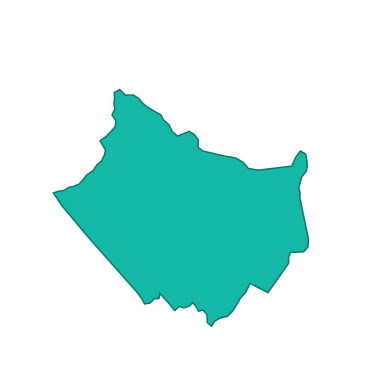 the district of Guarabira, Paraíba, Brazil, rotated 146°
{"feature_id": "56859067B2351193324902", "entity_name": "Guarabira", "entity_type": "district", "adm_level": 2, "iso_a3": "BRA", "parent_name": "Brazil", "parent_adm1": "Paraíba", "projection": "robinson", "projection_center": [-35.452, -6.887], "detail": "fine", "context": "isolated", "style": "filled", "palette": "teal", "viewbox_px": 384, "rotation_deg": 146, "n_neighbors": 0, "source": "geoboundaries", "source_scale": "gbopen_adm2", "svg_char_len": 1348}
<svg xmlns="http://www.w3.org/2000/svg" viewBox="0 0 384 384"><g transform="rotate(146 192 192)"><path d="M194.6,317.4L200.8,317.9L204.1,312.6L207.5,308.6L209.4,304.2L215.3,300.5L215.3,293.5L219.1,289.2L225.5,287.4L232.3,286.1L239.5,285.9L239.9,280.4L240.3,275.1L243.6,271.9L249.3,268.5L256.3,267.5L261.9,265.0L269.2,265.1L275.5,263.2L280.9,261.7L287.1,262.8L291.5,264.8L297.0,264.8L302.6,267.4L307.5,268.7L307.5,252.6L303.2,211.8L293.6,139.1L293.3,132.1L293.9,125.7L288.9,123.4L283.1,124.6L278.8,122.2L275.5,125.9L274.6,120.7L273.5,113.0L272.6,103.3L266.5,104.2L263.5,100.4L257.9,98.9L253.3,99.9L252.7,94.7L253.3,89.5L248.9,87.9L248.2,81.8L252.4,75.1L250.8,69.8L245.7,72.1L239.5,71.9L232.3,69.2L225.5,70.3L218.4,73.4L210.7,77.1L203.8,78.7L199.2,81.3L195.0,83.7L185.3,66.1L162.2,74.8L151.7,79.0L148.3,84.0L144.1,86.8L138.6,83.4L132.8,80.0L126.7,81.5L121.9,87.6L105.7,127.2L102.8,130.9L101.1,135.9L96.9,139.3L93.0,143.0L86.1,145.1L82.1,148.8L78.9,154.4L76.5,159.9L79.2,165.4L86.7,162.7L94.9,157.7L124.7,173.0L132.1,180.0L133.1,188.4L136.8,195.8L140.2,199.2L144.3,202.9L160.1,219.9L161.9,225.8L157.6,231.5L157.8,238.0L160.5,243.9L167.0,245.2L172.8,246.5L174.6,253.3L173.5,260.6L175.3,267.7L174.7,273.4L178.7,281.4L181.8,288.0L183.3,293.7L183.7,299.0L186.4,305.2L193.0,309.5L194.6,317.4Z" fill="#14b8a6" stroke="#0f766e" stroke-width="1.5"/></g></svg>